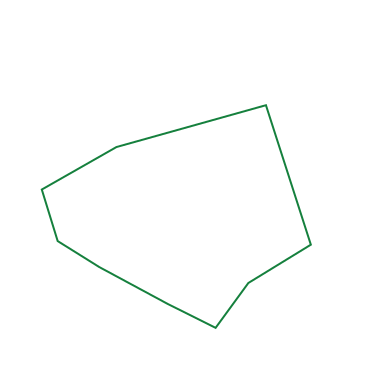 the border of Cospicua, rotated 32°
{"feature_id": "MLT-5955", "entity_name": "Cospicua", "entity_type": "state/province", "adm_level": 1, "iso_a3": "MLT", "parent_name": "Malta", "parent_adm1": "", "projection": "albers", "projection_center": [14.521, 35.88], "detail": "fine", "context": "isolated", "style": "outline", "palette": "green", "viewbox_px": 384, "rotation_deg": 32, "n_neighbors": 0, "source": "natural_earth", "source_scale": "10m", "svg_char_len": 283}
<svg xmlns="http://www.w3.org/2000/svg" viewBox="0 0 384 384"><g transform="rotate(32 192 192)"><path d="M320.7,173.7L288.0,239.3L284.0,294.7L230.8,299.8L153.2,304.8L104.1,304.8L63.3,269.5L104.1,193.9L208.7,79.2L320.7,173.7Z" fill="none" stroke="#15803d" stroke-width="2"/></g></svg>